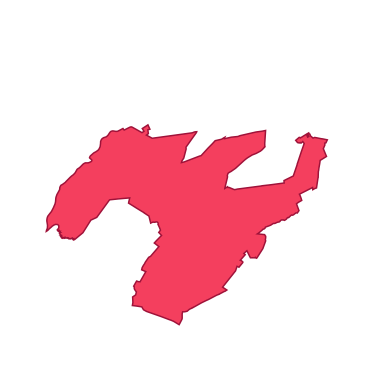 the district of Trikātas pag., Beverinas, Latvia, rotated 321°
{"feature_id": "27541924B26543314591182", "entity_name": "Trikātas pag.", "entity_type": "district", "adm_level": 2, "iso_a3": "LVA", "parent_name": "Latvia", "parent_adm1": "Beverinas", "projection": "robinson", "projection_center": [25.698, 57.552], "detail": "fine", "context": "isolated", "style": "filled", "palette": "rose", "viewbox_px": 384, "rotation_deg": 321, "n_neighbors": 0, "source": "geoboundaries", "source_scale": "gbopen_adm2", "svg_char_len": 5681}
<svg xmlns="http://www.w3.org/2000/svg" viewBox="0 0 384 384"><g transform="rotate(321 192 192)"><path d="M157.4,290.1L155.9,285.2L176.2,280.7L180.2,278.1L181.2,280.0L187.1,278.8L187.5,278.3L187.2,276.5L186.6,275.4L193.9,274.2L193.6,272.4L197.7,272.2L196.6,277.0L196.0,279.9L198.0,281.5L199.3,282.6L200.1,282.6L200.2,283.9L200.9,284.1L211.4,280.6L218.4,276.4L218.6,276.2L218.9,275.3L220.4,274.0L220.9,273.4L221.0,273.2L221.4,272.8L221.3,272.6L221.4,272.2L221.6,270.8L216.5,265.7L217.7,265.8L222.1,265.8L223.7,265.6L224.3,265.9L224.9,266.1L225.9,266.1L226.9,265.5L230.4,266.7L232.3,267.3L235.3,267.6L236.7,268.6L239.2,269.2L241.1,270.2L242.0,270.2L242.4,269.9L243.8,270.0L244.5,270.4L244.9,270.9L245.4,271.1L245.8,272.0L246.1,272.3L248.0,272.5L248.7,272.4L249.7,272.1L250.5,272.2L250.9,272.7L251.4,272.7L253.7,272.5L254.7,272.5L254.9,272.6L255.3,273.1L255.8,273.4L256.6,273.6L258.8,273.6L259.9,273.8L260.3,274.2L260.6,274.6L263.4,273.8L265.8,266.9L268.3,267.0L272.0,267.6L273.1,264.8L273.9,262.4L274.1,261.3L288.5,264.4L287.3,266.2L288.3,266.4L288.4,266.2L291.3,267.2L298.6,260.5L299.1,260.2L303.0,255.7L303.9,255.0L305.9,253.1L308.9,250.5L311.5,248.1L318.9,249.0L321.3,241.0L324.7,239.2L326.0,237.6L327.0,238.1L330.0,236.6L327.1,233.1L325.8,231.7L321.7,226.8L320.0,226.3L319.4,222.8L319.5,222.7L320.0,221.2L319.6,220.5L319.9,219.5L318.5,219.3L317.6,222.4L316.4,222.1L317.4,219.1L310.3,218.2L310.2,217.5L309.6,217.0L305.1,217.1L305.1,220.0L306.2,221.4L307.2,221.7L307.1,222.1L307.8,222.7L309.8,222.5L309.7,224.9L302.3,229.5L292.0,236.1L291.9,236.1L290.5,237.2L280.8,243.3L270.7,241.0L269.3,243.0L257.2,235.6L250.3,231.2L249.6,230.9L232.7,220.5L228.8,218.1L228.2,217.9L226.5,216.9L226.0,216.1L223.8,212.0L222.6,210.9L222.9,210.3L219.7,209.9L219.8,209.8L228.9,202.8L229.3,202.4L229.6,201.6L231.6,200.2L233.1,200.2L235.2,200.6L240.7,201.0L252.6,200.3L255.3,200.3L257.0,200.4L262.1,201.1L266.2,202.4L270.9,203.3L273.2,203.3L276.9,202.8L276.8,202.6L277.2,202.5L279.1,200.0L287.9,190.5L285.0,189.0L279.4,185.6L264.7,178.4L262.7,177.8L257.0,174.1L250.7,171.0L250.5,170.7L251.8,170.1L250.6,169.9L248.2,169.6L242.3,166.7L238.3,167.3L232.0,168.0L221.9,169.5L220.7,168.9L204.8,163.7L202.3,162.5L203.7,161.5L206.9,160.5L214.5,154.9L215.5,153.4L225.1,150.7L232.8,148.6L233.6,148.1L232.3,147.2L231.2,146.7L229.5,146.2L228.5,145.6L194.9,125.2L192.4,119.1L194.8,119.2L196.8,115.9L198.8,116.7L200.0,112.1L193.3,111.4L192.9,114.6L190.5,114.4L186.3,103.9L185.8,103.2L185.2,102.8L184.4,102.5L178.4,101.2L178.2,100.8L178.3,99.2L174.7,98.5L172.9,98.1L172.0,97.8L170.8,96.8L169.5,95.3L168.8,94.6L168.0,94.2L167.2,93.9L166.1,93.9L164.7,94.3L162.6,95.0L160.5,95.2L159.6,95.0L157.6,94.2L156.2,94.0L155.1,94.1L154.0,94.5L152.7,95.3L151.6,96.6L149.2,98.9L147.6,99.7L146.2,100.3L144.9,100.4L142.1,100.2L141.1,99.9L139.9,99.8L135.7,100.0L134.9,100.3L133.9,100.9L133.9,101.6L134.3,103.9L134.0,104.5L133.5,104.8L132.8,104.9L131.0,104.5L129.9,104.1L129.1,103.6L127.4,102.2L126.0,101.9L124.8,101.8L121.4,102.2L119.7,102.3L117.9,102.1L116.9,102.1L113.4,103.5L111.5,103.8L110.0,103.9L108.6,103.8L106.6,103.9L100.5,104.6L99.7,104.8L96.1,104.6L94.4,104.3L93.5,104.6L92.3,105.2L91.7,105.7L91.1,106.4L90.5,106.9L85.4,109.0L83.0,110.5L82.1,111.3L79.7,113.8L78.0,115.1L74.2,117.1L70.5,118.7L67.4,119.4L64.6,120.1L63.0,121.1L61.9,122.1L61.0,123.1L58.8,126.9L57.3,128.6L56.5,129.3L54.8,130.2L54.0,130.9L54.8,131.0L56.7,131.0L57.4,130.8L61.2,130.7L61.6,130.6L63.9,130.8L65.5,131.3L66.9,132.5L67.2,133.3L67.3,134.0L67.2,134.3L66.4,135.5L65.5,136.2L64.1,136.5L63.6,136.7L63.4,136.7L63.4,136.8L63.6,136.9L64.0,137.5L63.6,137.7L63.9,138.1L63.7,138.3L63.6,138.5L63.8,138.6L64.2,138.6L64.3,138.6L64.4,138.3L64.6,138.3L64.5,138.7L64.3,138.8L64.0,138.8L64.6,139.4L63.9,139.4L64.0,139.7L64.3,139.9L64.1,140.1L64.2,140.4L63.9,140.2L63.7,140.1L63.6,140.3L63.3,140.3L63.1,140.4L63.2,140.7L63.1,140.8L63.1,141.0L63.2,141.5L62.8,142.3L62.5,142.3L62.7,142.6L63.2,142.5L62.7,142.9L62.9,143.1L62.5,143.2L62.8,143.5L62.2,143.5L62.0,144.0L62.7,144.8L62.6,145.0L62.1,145.2L62.3,145.4L62.4,145.6L61.9,145.7L61.9,146.0L62.5,146.2L62.3,146.4L62.4,146.6L62.6,146.5L63.0,146.8L63.1,146.6L63.3,146.6L63.3,147.0L63.7,147.2L63.7,147.5L63.8,147.6L64.1,147.5L64.2,147.4L64.2,147.1L64.8,147.2L64.6,147.6L64.8,147.9L64.6,148.1L64.9,148.2L65.6,148.7L65.8,149.2L66.3,149.2L66.3,149.4L66.8,149.5L67.0,149.8L66.6,150.0L66.8,150.4L66.6,150.4L66.8,150.5L67.0,150.7L66.9,150.8L67.3,151.1L67.3,151.3L68.0,151.6L68.6,152.1L69.0,152.2L68.8,152.3L69.0,152.4L69.2,152.2L69.5,152.3L69.6,152.5L69.6,152.8L70.2,152.9L70.2,153.0L69.8,153.1L69.7,153.3L69.1,153.3L70.6,153.9L69.7,154.6L69.8,154.8L70.1,154.8L70.8,155.1L81.6,155.0L95.7,150.2L102.0,151.8L123.0,146.2L130.1,150.8L139.9,157.4L136.9,159.7L135.7,160.7L139.3,171.2L141.7,177.9L141.6,178.0L143.4,183.6L140.3,190.2L141.3,190.4L142.4,190.7L143.0,191.1L143.5,191.6L144.2,192.2L145.3,192.6L145.9,193.3L146.2,193.9L146.2,194.4L145.7,195.6L145.4,195.6L145.2,195.7L144.5,198.6L143.5,201.8L140.7,202.5L141.0,206.6L133.9,207.4L130.6,207.9L131.9,213.6L119.3,215.9L117.2,215.5L111.4,217.2L110.0,217.9L108.2,218.4L105.7,219.4L103.9,220.8L106.0,224.8L95.1,229.1L94.7,228.6L93.6,227.6L93.1,226.4L92.7,226.4L87.4,228.5L87.5,229.3L86.7,230.2L86.1,231.4L85.9,233.4L85.9,234.6L83.5,236.5L79.8,236.2L76.6,240.6L74.2,242.7L77.2,245.8L80.7,249.7L80.2,253.0L81.5,256.2L89.7,269.5L94.2,277.2L94.8,278.1L96.3,280.9L98.5,287.0L100.0,286.4L103.4,284.9L104.4,284.4L105.1,283.7L107.6,280.6L109.3,279.2L110.9,280.5L113.2,281.6L115.9,281.5L118.4,282.0L118.1,282.1L129.7,284.1L134.9,285.3L137.1,285.9L146.2,287.7L148.6,288.5L148.6,288.4L151.8,289.1L154.5,289.6L155.0,289.9L157.4,290.1Z" fill="#f43f5e" stroke="#9f1239" stroke-width="1.5"/></g></svg>